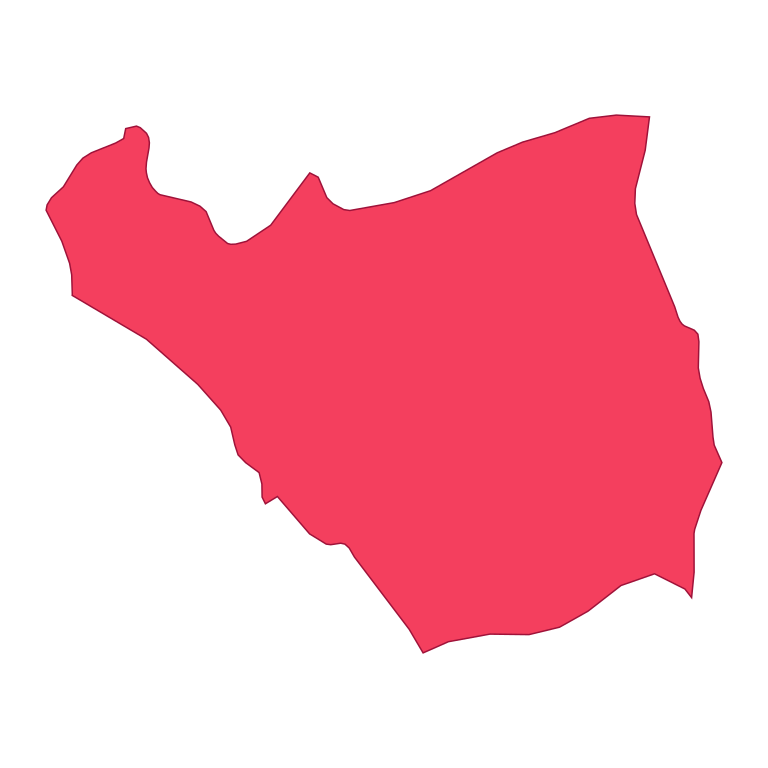 SVG path tracing the border of Ararat
{"feature_id": "ARM-1671", "entity_name": "Ararat", "entity_type": "Province", "adm_level": 1, "iso_a3": "ARM", "parent_name": "Armenia", "parent_adm1": "", "projection": "albers", "projection_center": [44.713, 39.934], "detail": "fine", "context": "isolated", "style": "filled", "palette": "rose", "viewbox_px": 768, "rotation_deg": 0, "n_neighbors": 0, "source": "natural_earth", "source_scale": "10m", "svg_char_len": 1463}
<svg xmlns="http://www.w3.org/2000/svg" viewBox="0 0 768 768"><path d="M691.6,597.6L684.9,589.0L654.5,573.8L621.0,585.5L588.1,611.1L582.8,614.1L559.5,627.2L529.0,634.6L489.9,634.1L448.4,641.7L423.1,652.9L409.2,629.3L354.4,557.0L349.2,548.0L344.9,544.1L340.7,543.2L330.7,544.7L326.2,544.1L309.6,533.9L277.4,496.5L265.4,503.8L262.1,497.1L261.9,484.0L259.1,472.6L245.7,462.7L238.1,454.9L234.8,444.8L230.7,427.1L220.7,410.1L197.8,384.4L146.4,339.2L72.2,295.4L72.2,295.1L72.3,294.3L71.7,274.9L69.6,263.3L61.8,241.2L46.1,210.2L47.1,204.9L51.5,197.7L63.4,186.8L76.8,165.0L82.9,158.1L91.3,152.8L115.7,143.0L123.7,138.5L125.7,128.6L136.5,126.1L140.3,127.7L146.5,133.3L148.6,137.5L149.4,142.8L149.0,148.0L146.5,162.1L146.0,168.8L146.4,172.8L147.5,177.8L149.6,182.8L152.3,187.5L155.6,191.2L157.8,193.4L160.0,194.7L191.2,202.0L200.0,206.2L206.1,211.6L213.9,230.4L215.8,233.3L218.6,236.2L227.6,243.5L230.8,244.3L235.7,244.1L246.6,241.3L270.7,225.2L309.8,172.9L318.2,177.2L326.8,197.6L333.0,203.8L343.8,209.6L349.8,210.5L394.2,202.6L430.5,190.7L497.2,152.8L522.6,142.1L554.8,132.7L589.3,118.3L616.3,115.1L649.5,116.9L645.2,150.3L635.4,188.7L634.8,203.4L636.5,214.5L674.7,306.8L678.0,317.1L680.0,321.3L682.1,324.1L684.4,325.9L694.3,330.2L697.9,334.2L698.9,341.7L698.3,367.9L700.1,378.3L703.3,388.4L708.8,401.7L711.0,412.1L713.0,437.2L714.2,445.1L721.9,462.6L700.9,510.4L694.7,529.3L694.0,533.5L694.1,572.2L691.6,597.6Z" fill="#f43f5e" stroke="#9f1239" stroke-width="1.5"/></svg>